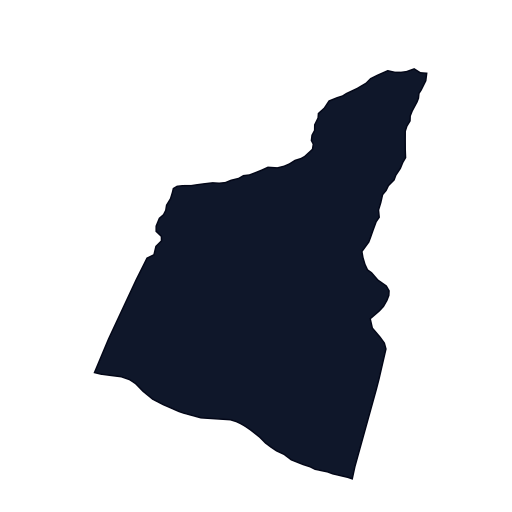 São Jorge do Patrocínio, Paraná, Brazil, rotated 278°
{"feature_id": "56859067B61124887275207", "entity_name": "São Jorge do Patrocínio", "entity_type": "district", "adm_level": 2, "iso_a3": "BRA", "parent_name": "Brazil", "parent_adm1": "Paraná", "projection": "robinson", "projection_center": [-53.907, -23.723], "detail": "fine", "context": "isolated", "style": "filled", "palette": "ink", "viewbox_px": 512, "rotation_deg": 278, "n_neighbors": 0, "source": "geoboundaries", "source_scale": "gbopen_adm2", "svg_char_len": 1863}
<svg xmlns="http://www.w3.org/2000/svg" viewBox="0 0 512 512"><g transform="rotate(278 256 256)"><path d="M460.7,399.6L460.3,393.2L463.3,386.6L459.5,379.4L458.0,374.0L457.2,368.0L457.8,360.7L451.9,351.2L447.6,344.9L442.4,341.0L439.0,336.7L436.1,333.1L429.4,322.9L426.5,319.5L424.0,314.3L419.7,306.8L411.9,303.1L405.8,298.0L401.3,298.3L394.1,295.9L388.5,296.6L383.4,294.7L378.1,294.8L374.8,297.2L369.5,297.1L361.3,290.4L358.8,287.1L356.1,281.4L351.8,276.3L348.8,271.4L346.2,264.9L345.5,255.5L341.8,249.7L338.1,243.3L335.3,238.2L333.8,232.4L330.4,228.1L327.5,220.8L324.4,215.5L322.9,209.4L322.4,202.9L320.1,194.1L318.2,187.3L316.6,182.0L316.0,177.5L315.3,173.2L314.0,168.2L311.3,164.8L307.2,164.4L300.8,163.4L293.9,160.4L288.6,160.3L284.0,158.7L279.9,155.1L271.7,153.0L266.5,153.7L262.3,159.6L257.8,160.3L251.6,155.6L243.0,154.8L238.7,148.4L232.4,146.3L216.1,140.8L153.4,121.6L129.5,115.3L118.1,112.3L117.4,119.4L117.7,139.4L116.0,148.0L112.9,154.5L106.3,163.0L99.8,173.7L95.9,184.9L91.3,201.4L90.3,206.7L88.1,223.9L90.3,253.4L89.3,259.6L88.0,263.8L86.4,267.9L83.2,274.5L77.2,284.8L72.1,291.5L68.6,297.9L65.9,303.5L63.5,311.4L59.1,319.3L56.1,331.6L54.8,339.0L53.0,344.3L52.2,356.9L51.0,362.3L49.6,377.8L48.7,382.3L61.0,383.2L140.8,393.7L151.4,394.9L182.0,397.6L187.6,395.2L192.8,390.2L200.8,381.2L209.8,377.8L218.9,385.8L223.8,389.2L230.3,391.8L235.5,393.0L240.0,392.6L244.4,389.2L249.1,380.0L255.4,372.8L257.8,368.3L262.9,365.0L269.3,362.1L275.2,360.2L281.6,363.6L285.5,365.7L290.4,366.8L297.9,368.3L306.7,370.2L311.5,372.6L318.6,370.9L326.2,372.1L334.4,372.8L339.1,375.7L344.1,377.3L350.5,382.1L355.5,383.2L362.8,386.7L369.1,388.3L374.2,390.4L382.0,389.0L391.6,387.6L400.4,386.4L405.6,387.3L411.2,389.7L416.2,389.2L421.5,390.5L431.0,394.0L434.9,394.9L439.7,394.7L443.3,396.4L453.2,399.7L460.7,399.6Z" fill="#0f172a" stroke="#020617" stroke-width="1.5"/></g></svg>